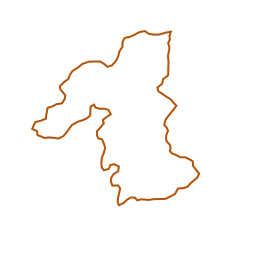 Rosário da Limeira, Minas Gerais, Brazil, rotated 61°
{"feature_id": "56859067B49695156300233", "entity_name": "Rosário da Limeira", "entity_type": "district", "adm_level": 2, "iso_a3": "BRA", "parent_name": "Brazil", "parent_adm1": "Minas Gerais", "projection": "equal_earth", "projection_center": [-42.512, -20.982], "detail": "fine", "context": "isolated", "style": "outline", "palette": "amber", "viewbox_px": 256, "rotation_deg": 61, "n_neighbors": 0, "source": "geoboundaries", "source_scale": "gbopen_adm2", "svg_char_len": 1937}
<svg xmlns="http://www.w3.org/2000/svg" viewBox="0 0 256 256"><g transform="rotate(61 128 128)"><path d="M47.6,87.2L50.0,91.0L54.4,93.6L56.7,98.3L60.6,101.9L63.5,106.0L65.5,111.7L64.5,116.3L60.6,117.7L56.4,120.1L53.9,124.5L51.1,129.9L49.8,136.8L50.8,141.7L51.3,149.0L53.6,153.5L56.1,156.2L56.9,161.8L58.5,167.4L61.5,168.5L65.4,167.6L69.0,167.0L72.0,169.3L74.4,174.0L72.5,179.0L72.5,183.4L71.4,188.6L74.1,190.7L76.5,192.8L80.1,195.4L79.3,200.9L77.9,206.1L79.9,209.1L82.4,212.2L86.7,209.1L90.4,210.6L93.2,208.1L96.3,205.9L97.7,202.1L100.4,198.0L103.6,193.7L103.7,188.2L102.2,184.2L100.3,180.2L98.2,175.5L98.2,168.8L99.3,163.5L99.6,159.1L98.8,155.1L95.2,152.8L91.2,150.3L91.0,146.4L94.6,146.4L97.5,143.4L99.6,139.3L102.7,136.3L107.7,136.4L108.1,142.1L108.9,146.2L112.2,146.9L114.1,151.6L115.7,156.6L119.4,158.6L122.6,159.1L125.3,156.2L129.6,156.6L134.4,157.7L138.2,161.4L141.2,165.2L145.5,168.2L149.7,170.1L153.3,169.5L154.4,164.6L151.9,161.4L152.9,157.7L157.2,154.7L161.0,157.5L161.3,162.9L163.3,166.7L166.7,169.1L170.9,169.5L173.3,164.6L176.8,164.1L179.8,166.5L182.5,169.1L185.1,171.1L187.8,173.0L191.1,173.4L191.5,168.0L190.2,163.6L190.3,158.8L192.4,155.6L195.6,155.1L197.0,150.6L200.7,145.3L202.9,139.6L205.8,134.2L208.2,129.5L208.4,124.1L208.4,118.8L205.1,113.5L207.7,108.4L208.1,103.9L206.6,100.0L205.8,95.7L205.0,91.6L202.5,87.9L198.3,88.6L193.0,89.5L188.4,87.5L185.3,89.3L181.4,92.1L179.0,96.5L175.7,98.5L171.4,101.9L168.2,102.5L165.8,100.2L162.9,99.5L159.7,100.4L156.6,100.4L152.7,97.9L149.7,94.2L146.6,94.0L142.8,94.8L138.7,90.8L136.1,84.5L134.2,79.7L132.0,74.9L127.8,76.0L123.7,76.7L119.4,79.2L114.4,81.6L110.6,83.7L106.9,82.7L105.9,76.7L102.3,73.6L101.4,67.4L98.2,65.4L95.2,63.8L91.8,61.7L88.8,60.0L85.9,58.9L82.9,57.0L79.7,54.0L76.7,52.4L73.1,51.7L71.1,48.6L67.8,47.2L64.5,43.8L62.8,49.1L61.5,55.0L59.1,59.8L56.0,63.9L51.3,66.4L49.7,71.4L49.6,78.2L49.2,82.2L47.6,87.2Z" fill="none" stroke="#b45309" stroke-width="2"/></g></svg>